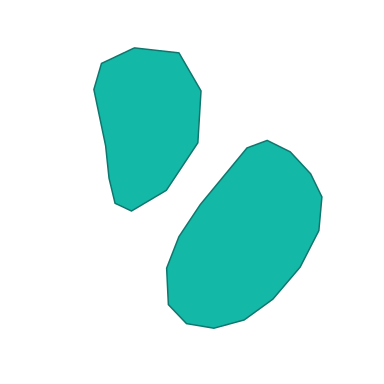 the District of Likoma, rotated 22°
{"feature_id": "MWI-5509", "entity_name": "Likoma", "entity_type": "District", "adm_level": 1, "iso_a3": "MWI", "parent_name": "Malawi", "parent_adm1": "", "projection": "equal_earth", "projection_center": [34.654, -12.048], "detail": "fine", "context": "isolated", "style": "filled", "palette": "teal", "viewbox_px": 384, "rotation_deg": 22, "n_neighbors": 0, "source": "natural_earth", "source_scale": "10m", "svg_char_len": 508}
<svg xmlns="http://www.w3.org/2000/svg" viewBox="0 0 384 384"><g transform="rotate(22 192 192)"><path d="M242.4,116.0L268.1,118.0L295.2,130.7L314.3,147.9L324.1,180.3L320.4,221.2L307.1,261.1L288.3,291.1L263.3,310.1L236.2,316.1L212.3,305.3L197.0,272.1L196.6,238.3L204.4,200.5L226.5,130.5L242.4,116.0ZM83.7,80.9L84.8,79.9L127.8,67.9L162.5,94.9L179.0,144.2L167.6,200.0L143.0,232.3L124.9,231.3L109.9,210.3L94.6,181.5L62.6,133.7L59.9,106.7L83.7,80.9Z" fill="#14b8a6" stroke="#0f766e" stroke-width="1.5"/></g></svg>